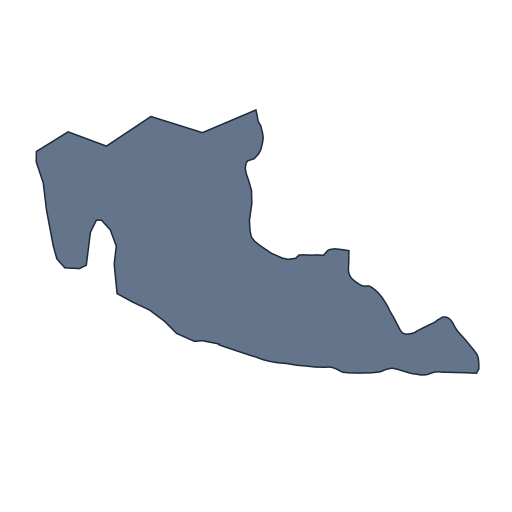 outline of Fond/Desruisseaux, Vieux Fort, Saint Lucia, rotated 348°
{"feature_id": "8701671B476552117611", "entity_name": "Fond/Desruisseaux", "entity_type": "district", "adm_level": 2, "iso_a3": "LCA", "parent_name": "Saint Lucia", "parent_adm1": "Vieux Fort", "projection": "robinson", "projection_center": [-60.939, 13.794], "detail": "fine", "context": "isolated", "style": "filled", "palette": "slate", "viewbox_px": 512, "rotation_deg": 348, "n_neighbors": 0, "source": "geoboundaries", "source_scale": "gbopen_adm2", "svg_char_len": 2594}
<svg xmlns="http://www.w3.org/2000/svg" viewBox="0 0 512 512"><g transform="rotate(348 256 256)"><path d="M447.3,416.5L448.8,414.8L450.0,413.4L450.5,412.8L451.3,409.0L451.9,405.3L452.2,401.8L451.8,398.8L450.9,396.4L449.7,393.7L448.1,390.6L446.8,388.2L445.3,385.2L443.6,381.9L441.7,378.6L439.4,374.6L437.9,372.1L437.0,370.0L435.8,366.8L434.5,362.1L433.4,359.7L432.2,357.7L430.5,356.0L428.2,354.9L425.5,354.6L423.5,355.4L420.4,356.3L417.2,357.9L409.8,359.7L405.0,360.9L397.7,362.9L394.9,364.0L390.2,364.2L386.8,363.7L384.1,362.5L382.4,360.3L381.3,357.4L380.3,353.4L379.3,350.0L378.6,347.3L377.7,344.1L376.4,340.5L375.3,336.9L374.5,333.2L373.3,329.7L371.9,325.9L370.9,323.2L368.0,317.6L365.4,313.9L362.6,310.7L360.3,308.8L358.0,308.4L354.4,307.6L351.6,305.6L347.9,301.7L345.7,299.1L344.1,296.3L343.4,293.1L343.3,290.7L343.6,288.1L344.5,284.8L345.2,282.3L346.0,278.8L346.4,277.2L347.1,273.9L348.0,270.1L341.2,267.5L334.4,265.3L329.5,265.0L327.1,265.6L322.2,269.3L315.4,267.5L310.8,266.8L302.6,264.7L298.3,264.0L294.2,266.5L286.6,265.9L281.2,263.4L271.7,256.6L261.6,246.1L257.8,241.4L255.4,236.5L255.4,230.0L257.0,219.7L262.7,204.2L265.2,191.2L264.6,181.6L263.5,172.6L263.8,167.7L265.7,163.0L267.6,161.2L274.4,160.5L279.6,156.8L282.8,153.1L286.3,145.7L287.7,141.6L288.0,136.7L287.7,129.5L286.1,124.9L286.2,123.1L286.3,119.3L286.3,113.1L229.2,124.2L182.2,97.7L132.5,117.4L98.0,95.5L62.9,108.1L60.6,118.4L63.1,140.3L60.6,167.8L59.8,204.0L60.6,217.3L66.5,227.8L80.6,231.6L88.1,229.7L99.0,198.3L107.3,187.8L112.3,188.8L118.9,200.2L121.4,217.3L115.6,234.4L112.3,263.9L125.6,275.3L140.6,286.7L153.1,301.0L162.3,315.3L178.1,326.7L185.6,327.6L201.4,334.3L201.1,335.0L206.2,338.2L224.1,348.7L230.6,352.5L232.6,353.6L234.2,354.4L235.4,355.1L236.8,356.1L237.9,356.7L239.5,357.8L242.3,359.4L245.5,360.9L247.0,361.7L248.6,362.3L250.4,363.1L254.4,364.7L263.2,367.4L273.7,371.5L282.0,374.0L290.8,376.9L296.2,378.2L299.0,378.9L302.7,379.5L305.1,380.0L306.7,380.5L310.2,382.6L311.6,383.6L313.9,385.6L315.3,386.7L316.6,387.7L319.1,388.5L321.3,389.2L322.6,389.6L328.7,391.1L332.3,391.9L341.1,393.6L342.2,393.9L347.7,394.6L349.8,394.8L352.7,395.1L355.2,394.9L356.5,394.6L358.0,394.2L359.4,394.1L361.0,393.9L363.6,393.9L365.9,394.1L367.9,394.9L370.1,395.9L371.2,396.4L374.5,398.3L381.7,402.3L385.1,403.9L387.9,404.7L388.8,405.1L390.3,405.8L391.6,406.3L392.2,406.5L394.1,407.0L397.1,407.5L399.6,407.5L403.3,406.9L406.4,406.7L410.1,407.1L413.9,408.3L416.7,409.0L420.2,409.8L423.9,410.7L427.1,411.5L428.0,411.7L434.4,413.2L436.9,413.8L438.0,414.1L447.3,416.5Z" fill="#64748b" stroke="#1e293b" stroke-width="1.5"/></g></svg>